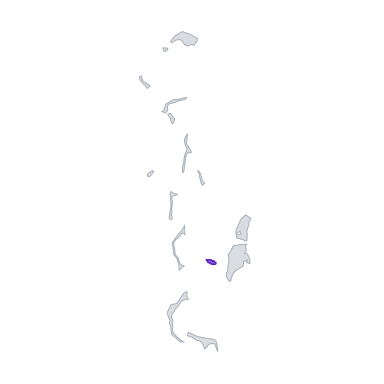 The Bahamas, with New Providence highlighted, rotated 211°
{"feature_id": "BHS-5009", "entity_name": "New Providence", "entity_type": "Capital", "adm_level": 1, "iso_a3": "BHS", "parent_name": "The Bahamas", "parent_adm1": "", "projection": "equal_earth", "projection_center": [-77.439, 25.036], "detail": "fine", "context": "in_parent", "style": "filled", "palette": "violet", "viewbox_px": 384, "rotation_deg": 211, "n_neighbors": 0, "source": "natural_earth", "source_scale": "10m", "svg_char_len": 3716}
<svg xmlns="http://www.w3.org/2000/svg" viewBox="0 0 384 384"><g transform="rotate(211 192 192)"><path d="M128.6,156.8L128.5,162.2L128.9,166.2L128.5,167.7L124.9,170.4L124.0,171.9L120.6,173.4L118.5,175.6L117.5,172.1L115.5,170.0L115.2,166.3L113.6,167.6L111.4,166.8L107.8,164.1L105.5,160.4L108.7,159.7L109.4,162.0L111.9,159.2L111.4,157.7L110.9,157.5L110.1,154.7L113.9,147.4L114.8,142.7L113.0,135.2L114.7,134.7L119.0,137.4L120.9,140.0L120.9,143.5L122.8,146.3L125.4,152.9L128.6,156.8ZM131.4,177.3L131.5,178.3L128.2,181.1L130.6,183.1L132.8,178.7L134.6,182.3L135.6,189.0L135.5,190.1L135.6,191.1L136.0,192.4L136.1,194.3L134.2,200.1L127.6,199.5L127.5,194.6L126.5,193.6L124.9,186.6L122.9,184.3L120.0,178.6L121.7,177.1L123.9,177.6L125.0,176.9L128.1,176.3L130.0,175.5L131.4,177.3ZM287.6,314.8L286.5,318.1L283.0,324.5L275.1,326.1L266.3,326.4L265.6,324.6L265.4,323.1L266.0,320.7L265.9,319.8L265.6,318.9L268.8,317.8L270.8,314.9L274.2,314.4L278.3,316.5L280.6,316.5L283.8,314.3L286.4,309.3L288.0,310.0L287.6,314.8ZM145.8,103.5L145.1,103.9L142.2,99.5L139.9,98.2L143.5,95.0L145.1,92.3L145.1,86.4L146.0,83.2L145.7,80.4L146.4,77.6L145.4,74.4L142.3,71.9L136.4,61.8L126.9,59.3L122.1,59.2L124.7,57.6L127.2,57.8L131.0,58.8L135.6,59.2L138.4,62.2L141.1,66.1L143.5,67.7L144.5,68.7L144.3,69.9L144.8,70.9L147.9,72.8L151.1,75.8L152.0,84.5L147.7,88.6L147.0,101.2L145.8,103.5ZM103.9,67.0L107.9,68.3L110.0,68.1L111.3,67.2L117.2,67.6L122.0,66.3L122.7,68.6L122.6,69.9L112.4,71.0L103.1,74.5L98.0,76.8L95.5,77.1L93.7,75.8L87.6,68.7L89.2,69.4L93.8,73.4L96.6,72.7L99.2,70.0L99.6,68.0L99.2,67.1L100.4,63.9L103.9,67.0ZM165.0,122.0L170.5,127.1L175.2,128.9L180.2,135.2L182.4,137.5L182.8,139.5L182.0,148.8L180.9,154.5L181.1,159.4L179.9,157.9L178.7,154.7L176.7,152.8L176.0,151.9L179.6,151.7L179.9,146.6L181.6,142.6L181.3,138.4L177.1,133.8L174.3,129.8L170.0,128.5L165.9,124.5L163.5,124.0L160.6,124.7L161.7,122.3L162.4,119.2L162.9,118.6L165.0,122.0ZM225.9,238.0L225.7,239.2L221.4,230.2L216.1,228.0L213.0,225.8L213.6,224.6L215.7,224.1L216.1,221.2L215.2,218.2L212.3,212.0L210.7,207.8L210.0,206.8L209.8,203.3L213.1,208.7L214.5,213.6L216.8,218.3L218.3,226.5L222.6,229.3L225.7,233.3L225.9,238.0ZM247.4,268.7L245.1,270.0L245.6,267.7L250.1,263.7L252.5,260.3L253.9,259.0L254.4,258.1L256.4,256.8L257.4,254.5L257.1,252.7L255.0,249.7L255.0,247.6L255.7,246.1L259.2,245.4L258.3,247.6L259.7,254.0L255.2,262.0L251.2,264.5L247.4,268.7ZM209.9,179.5L210.1,181.7L207.9,181.3L204.6,182.2L203.4,182.2L204.1,180.6L206.4,178.5L206.5,176.5L203.7,173.6L200.3,166.4L198.8,164.7L198.0,162.0L195.2,159.1L195.8,157.6L196.4,157.2L198.3,158.0L202.5,168.3L202.8,169.3L209.9,179.5ZM286.5,259.0L288.6,259.6L289.7,259.6L293.6,260.9L295.9,262.8L296.4,263.6L295.2,265.2L291.6,262.1L288.5,261.7L284.2,261.7L282.5,261.2L283.6,257.8L286.5,259.0ZM252.2,245.7L253.0,246.5L250.9,248.3L246.0,246.1L245.0,246.2L244.0,243.9L243.6,242.1L243.8,240.5L246.7,241.8L248.3,244.1L252.2,245.7ZM141.8,143.1L138.0,144.0L135.3,143.1L134.6,142.4L135.8,141.2L138.3,140.1L142.4,140.0L144.2,141.3L144.4,141.8L141.8,143.1ZM198.1,213.1L196.7,213.3L194.2,212.1L188.4,206.7L185.6,206.2L186.5,203.1L188.6,204.2L193.3,208.9L195.1,211.3L198.1,213.1ZM239.3,185.4L236.7,190.2L235.3,189.8L236.0,183.7L237.8,182.7L238.6,182.8L239.3,185.4ZM291.2,300.6L286.7,302.8L286.2,300.2L288.5,298.1L291.2,300.6Z" fill="#d9dde1" stroke="#a8b0b8" stroke-width="1"/><path d="M137.4,144.1L136.9,143.8L136.2,143.7L135.6,143.7L135.2,143.7L134.6,142.9L135.0,142.0L135.8,141.3L136.6,140.9L137.0,140.8L138.2,140.3L138.7,140.2L140.1,140.3L141.5,140.0L142.0,140.0L142.5,140.2L143.3,140.8L144.6,141.1L144.2,141.7L140.7,143.7L139.9,143.6L138.8,143.1L138.7,143.4L138.3,144.0L137.8,144.3L137.4,144.1Z" fill="#8b5cf6" stroke="#5b21b6" stroke-width="1.5"/></g></svg>